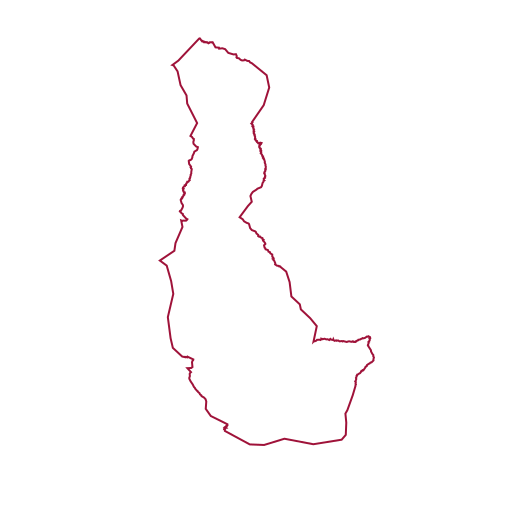 O'mnodelger, Hentiy, Mongolia, rotated 27°
{"feature_id": "93677404B98015176307240", "entity_name": "O'mnodelger", "entity_type": "district", "adm_level": 2, "iso_a3": "MNG", "parent_name": "Mongolia", "parent_adm1": "Hentiy", "projection": "robinson", "projection_center": [109.533, 48.49], "detail": "fine", "context": "isolated", "style": "outline", "palette": "rose", "viewbox_px": 512, "rotation_deg": 27, "n_neighbors": 0, "source": "geoboundaries", "source_scale": "gbopen_adm2", "svg_char_len": 6095}
<svg xmlns="http://www.w3.org/2000/svg" viewBox="0 0 512 512"><g transform="rotate(27 256 256)"><path d="M183.4,90.1L164.7,86.1L162.9,86.2L161.3,85.4L159.8,86.1L156.8,86.1L156.5,87.1L154.8,88.1L153.2,88.2L151.0,87.6L149.1,88.2L148.4,87.9L148.1,86.6L146.5,85.3L144.5,86.6L139.1,87.6L134.6,85.7L131.7,86.2L129.0,88.0L128.4,87.2L125.2,88.5L120.9,85.6L120.3,85.7L120.1,85.3L117.6,86.7L117.7,87.2L117.0,88.1L115.2,87.7L114.9,88.2L114.1,88.2L113.9,88.6L113.2,88.9L113.2,88.6L112.6,88.5L112.2,88.9L110.7,89.2L110.6,88.6L109.5,88.8L107.3,87.6L106.8,87.8L106.6,88.2L98.1,117.2L94.8,123.8L96.1,123.6L102.3,127.1L111.2,138.0L121.2,144.5L125.5,151.4L143.2,164.3L143.1,178.8L145.0,179.0L146.3,179.8L147.6,180.0L147.7,180.6L148.2,181.4L148.2,182.3L148.8,183.6L149.5,184.4L153.0,185.6L154.8,185.4L155.3,187.2L155.3,188.5L153.7,191.0L154.0,192.6L154.0,195.8L154.5,197.0L154.7,198.8L154.1,200.3L153.2,200.9L152.9,201.8L154.7,204.4L157.5,205.8L157.4,206.6L158.1,206.9L158.3,207.4L159.3,207.7L160.2,210.6L160.9,211.9L160.9,213.4L161.3,213.8L161.4,215.1L161.8,216.0L161.6,217.0L161.9,217.2L161.8,217.7L162.5,218.6L162.2,218.9L162.1,220.3L161.1,221.0L161.5,221.5L160.9,223.1L161.4,224.4L160.9,224.6L160.4,225.3L160.9,225.7L161.0,226.1L160.2,226.9L159.9,228.3L160.1,229.0L161.0,229.0L160.9,230.3L161.6,231.1L162.1,231.1L162.4,231.7L162.9,232.0L163.7,231.7L164.3,232.7L163.8,233.7L164.2,234.1L163.8,234.7L164.1,235.0L163.8,236.1L164.0,236.5L163.5,237.1L163.8,237.6L163.6,238.0L164.0,238.3L163.8,238.9L163.4,239.1L163.4,240.2L165.6,242.6L167.6,243.7L168.3,244.6L168.6,246.0L168.6,248.6L168.5,249.3L167.8,250.4L167.9,250.9L169.3,251.1L170.1,251.7L171.8,251.8L172.3,252.7L176.9,254.4L178.2,254.4L178.2,254.7L177.7,256.2L177.2,256.5L174.9,257.6L174.5,258.2L173.2,258.3L177.3,263.5L178.4,281.0L180.9,288.4L172.4,303.7L180.8,305.1L191.8,316.9L199.5,327.3L205.2,350.5L217.2,368.0L223.6,375.6L235.9,379.1L238.9,378.3L238.8,378.0L240.1,377.6L240.4,377.0L240.8,377.3L241.0,376.8L247.1,376.6L247.3,377.2L247.0,378.3L247.2,379.7L249.8,383.8L249.1,385.2L245.8,387.1L250.8,389.0L250.4,390.0L250.4,391.1L251.6,393.0L251.9,395.0L252.4,395.7L254.7,397.4L258.0,399.2L260.1,400.8L261.5,401.3L262.0,401.8L265.0,403.0L265.3,402.9L266.0,403.4L268.0,403.9L268.9,404.7L270.6,405.0L271.1,405.6L273.9,405.7L276.1,406.5L277.8,408.3L280.6,415.0L288.4,419.1L306.8,418.9L306.9,419.4L307.4,419.6L307.4,420.3L307.1,420.7L307.2,421.1L306.6,421.1L306.5,421.4L306.7,421.9L306.3,422.4L306.6,422.5L305.9,422.7L305.7,423.4L306.3,423.4L306.1,423.7L306.2,424.3L306.4,424.1L307.0,424.1L306.9,424.6L307.7,426.0L336.0,426.7L349.0,420.7L364.3,405.9L392.5,397.7L415.7,380.8L417.2,374.6L412.1,363.5L407.2,355.8L407.4,351.9L405.4,336.1L403.6,326.5L403.2,325.8L403.3,325.0L402.5,324.3L402.3,323.3L401.4,322.7L401.7,322.3L401.4,321.7L401.3,320.6L401.1,319.9L400.4,319.3L400.4,317.9L400.0,317.2L400.3,316.7L400.0,315.8L400.5,315.4L401.1,314.2L401.9,313.1L402.1,312.0L402.0,311.2L402.3,311.0L402.2,310.4L402.8,310.0L402.8,309.3L403.5,309.2L403.6,308.8L404.1,305.2L403.9,304.9L404.7,303.6L404.4,302.8L405.5,300.7L406.0,300.3L406.4,298.9L407.2,298.4L408.1,295.7L407.5,294.7L407.1,292.8L406.1,292.2L405.5,291.0L404.1,290.4L401.8,288.8L401.2,287.8L396.4,285.0L396.5,284.6L396.0,284.1L396.0,282.8L395.2,281.6L395.7,281.0L395.4,280.6L395.6,279.6L395.2,278.5L394.6,278.1L395.1,277.3L394.4,276.5L392.6,276.5L392.5,277.1L391.4,277.4L390.3,279.5L389.1,280.6L388.2,280.8L387.9,281.6L387.3,282.1L386.8,283.0L385.2,284.2L385.3,284.7L384.2,285.9L384.2,286.5L383.7,287.3L383.3,287.2L383.2,287.7L381.6,288.4L381.0,288.0L379.9,289.2L378.0,289.6L377.0,290.2L375.9,291.4L372.3,292.2L372.0,292.8L371.1,292.8L369.2,294.1L367.4,294.0L366.4,294.9L365.9,294.7L365.4,295.0L364.6,295.9L363.5,295.8L362.8,295.2L362.9,295.8L362.7,295.9L360.8,296.4L360.2,296.2L360.2,296.6L359.5,296.8L359.4,297.6L357.5,297.7L356.5,298.4L354.6,298.6L353.5,299.6L351.8,300.0L352.2,300.6L351.7,300.9L351.5,301.6L350.7,301.7L348.4,303.0L348.1,304.1L347.0,305.4L346.3,305.5L346.1,306.1L342.0,290.9L332.5,286.8L320.2,283.2L317.0,279.2L305.9,276.0L297.8,264.0L290.0,256.2L283.1,254.7L282.4,254.3L281.7,254.4L281.4,254.8L280.7,254.5L279.1,255.1L276.8,254.8L276.6,253.8L274.2,251.8L273.2,251.6L272.8,251.1L272.9,250.8L272.6,250.8L272.9,250.4L272.2,249.6L270.8,249.2L269.8,247.3L267.5,247.1L266.6,246.2L265.2,246.5L263.9,245.3L261.5,245.7L260.8,244.9L259.9,244.7L258.3,242.8L258.9,241.1L258.6,240.6L256.0,239.2L255.4,239.2L255.1,238.9L255.3,238.2L254.4,238.2L253.8,237.7L254.0,237.5L253.6,237.1L251.8,237.3L250.6,236.8L250.1,237.4L248.9,237.3L248.4,236.2L246.1,235.7L245.1,234.7L244.1,234.4L240.5,234.8L238.1,233.8L235.4,230.8L234.6,230.4L232.6,230.7L229.6,230.5L227.5,229.3L223.8,228.9L226.1,215.2L227.6,209.6L223.8,205.1L223.7,202.6L224.1,200.3L226.3,196.6L226.7,195.4L229.3,192.4L229.4,190.8L228.7,188.0L228.9,186.5L228.7,185.5L228.9,185.2L228.6,185.2L228.6,184.7L227.9,183.9L228.3,182.9L228.0,182.9L228.3,181.5L227.9,181.1L228.0,180.4L226.4,179.0L226.3,178.6L225.7,178.5L225.4,177.4L225.7,177.0L225.7,175.8L225.2,175.4L225.3,174.2L224.7,174.1L224.8,173.5L224.2,171.9L223.4,171.2L222.9,170.1L221.4,168.9L221.3,168.2L219.5,166.3L219.0,166.3L218.7,165.5L217.9,165.0L217.9,165.5L217.7,165.5L217.6,165.1L217.0,164.7L217.0,164.0L216.0,163.9L215.5,163.1L214.1,162.5L213.9,161.9L213.5,162.0L213.4,161.0L212.7,160.7L212.9,160.4L212.5,160.1L212.6,159.8L212.0,159.7L212.1,159.1L211.6,158.2L210.7,158.0L210.6,158.3L209.3,157.4L209.4,156.9L209.1,156.5L209.2,156.0L208.8,155.9L208.7,155.0L209.6,154.2L209.6,152.8L208.3,153.1L207.7,153.8L207.8,154.2L206.8,154.6L206.0,154.0L205.3,154.1L204.9,153.6L204.5,153.6L204.4,153.2L204.0,153.4L202.8,152.5L202.5,152.7L202.0,152.4L202.1,152.0L201.8,152.0L201.2,150.3L200.4,149.4L200.0,149.4L199.9,148.8L199.2,148.4L199.3,148.1L198.1,147.6L197.9,147.1L198.0,146.7L197.7,146.5L198.0,146.2L197.9,145.7L196.9,145.2L196.7,144.5L196.3,144.2L196.5,143.9L195.7,143.5L195.6,143.0L194.8,142.6L194.8,142.1L194.2,142.0L194.5,141.5L193.6,141.2L192.9,140.6L193.0,140.4L191.7,140.1L192.1,138.9L192.2,138.5L191.7,138.2L194.4,118.1L191.3,99.9L183.4,90.1Z" fill="none" stroke="#9f1239" stroke-width="2"/></g></svg>